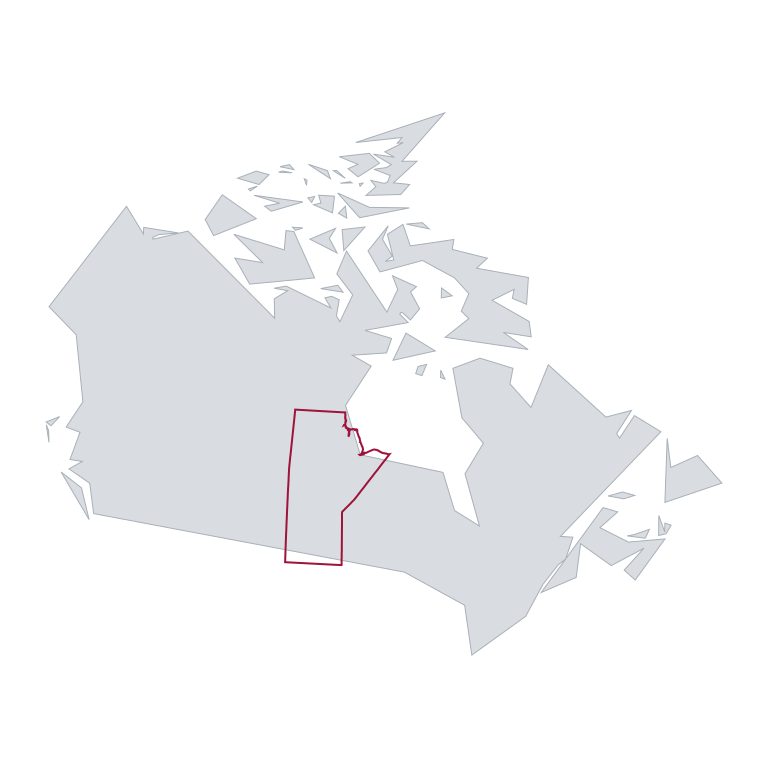 Manitoba highlighted on a map of Canada
{"feature_id": "CAN-630", "entity_name": "Manitoba", "entity_type": "Province", "adm_level": 1, "iso_a3": "CAN", "parent_name": "Canada", "parent_adm1": "", "projection": "albers", "projection_center": [-94.63, 54.496], "detail": "fine", "context": "in_parent", "style": "outline", "palette": "rose", "viewbox_px": 768, "rotation_deg": 0, "n_neighbors": 0, "source": "natural_earth", "source_scale": "10m", "svg_char_len": 8398}
<svg xmlns="http://www.w3.org/2000/svg" viewBox="0 0 768 768"><path d="M82.9,401.8L76.2,334.7L49.0,306.7L126.5,206.3L143.4,234.0L143.7,227.4L178.3,232.9L158.9,234.6L152.8,237.4L153.0,239.2L188.0,231.1L274.6,318.2L274.3,298.8L287.7,290.7L274.2,288.2L286.3,286.1L330.9,308.0L325.0,297.8L331.7,296.3L339.2,299.8L336.4,315.8L339.9,321.7L352.7,294.9L336.8,273.9L346.5,251.1L386.9,312.1L397.7,289.4L392.5,275.8L416.5,286.7L410.5,291.8L419.6,308.8L410.4,320.0L402.8,312.9L401.0,312.4L399.8,314.2L408.1,322.5L365.0,330.4L391.6,338.5L386.5,352.9L352.2,355.2L371.2,366.1L345.5,405.4L360.3,454.8L443.0,472.4L454.5,510.5L479.5,526.1L465.0,473.7L483.4,443.2L461.9,417.8L452.9,368.3L480.0,358.2L513.0,368.3L510.0,383.9L531.0,407.5L548.3,364.8L605.9,417.1L631.5,410.4L616.6,433.6L619.6,438.1L634.4,415.6L660.9,431.7L560.4,536.4L572.9,537.2L565.7,558.9L558.2,564.8L542.9,584.4L525.7,616.3L471.8,655.1L464.7,605.3L404.3,572.1L93.7,513.6L89.7,483.2L69.0,468.9L82.3,461.4L70.0,459.5L80.0,432.3L66.2,427.0L82.9,401.8ZM385.4,261.4L393.8,260.1L387.4,234.3L403.0,224.4L410.3,245.9L453.9,239.5L452.2,249.4L487.4,258.2L476.5,268.2L528.4,277.5L526.6,304.3L512.3,298.4L514.2,289.3L492.1,300.3L529.2,321.5L531.2,336.8L503.3,332.4L528.1,349.5L445.2,337.3L468.8,318.6L461.3,311.2L468.8,293.6L454.6,277.9L422.5,260.5L380.0,271.9L368.0,250.9L388.2,225.8L382.5,239.3L392.3,256.1L385.4,261.4ZM355.7,142.5L444.6,112.9L402.0,161.3L417.0,161.2L393.5,182.8L409.6,184.5L400.7,194.5L366.1,195.4L375.9,186.6L370.8,180.4L384.4,183.4L387.5,182.1L390.2,175.5L374.0,169.3L386.4,167.6L391.3,164.6L373.4,154.1L394.4,157.3L384.8,151.8L403.3,142.6L397.3,143.2L402.0,137.5L355.7,142.5ZM233.9,234.3L284.3,249.9L286.0,230.6L293.8,231.5L314.6,277.9L249.7,284.1L234.9,258.1L262.6,262.6L233.9,234.3ZM611.2,565.6L580.6,543.7L576.2,577.4L541.2,592.5L603.1,507.6L617.7,511.9L599.9,527.7L628.5,542.1L665.0,538.9L635.2,580.0L624.2,570.1L644.0,548.2L611.2,565.6ZM222.3,194.8L256.3,218.7L213.6,235.6L205.2,219.5L222.3,194.8ZM339.3,156.7L369.4,153.4L379.5,163.2L358.1,176.8L348.1,168.7L357.9,164.3L339.3,156.7ZM337.7,193.0L369.6,207.4L409.3,207.9L359.6,217.7L337.7,193.0ZM254.0,195.3L302.9,202.0L271.3,211.2L264.6,206.2L279.7,203.2L254.0,195.3ZM667.2,438.4L670.8,467.5L697.5,455.5L721.9,483.1L664.9,502.4L667.2,438.4ZM309.9,239.2L335.6,228.3L329.3,238.4L337.1,253.0L309.9,239.2ZM393.0,360.3L406.0,333.1L435.2,350.9L393.0,360.3ZM342.1,229.6L365.0,227.0L343.8,250.6L342.1,229.6ZM269.0,174.7L259.1,184.5L237.6,178.2L256.2,171.1L269.0,174.7ZM334.5,196.2L332.5,212.9L313.5,204.7L321.0,203.1L318.6,195.2L334.5,196.2ZM308.4,164.3L327.4,170.6L330.5,178.7L308.4,164.3ZM61.1,472.0L81.5,487.9L89.1,519.6L61.1,472.0ZM406.3,224.1L422.4,222.7L429.2,228.9L406.3,224.1ZM320.7,288.6L337.8,285.3L343.1,292.2L320.7,288.6ZM345.4,206.2L346.8,218.1L338.3,213.3L345.4,206.2ZM336.7,170.5L345.3,178.3L333.3,170.7L336.7,170.5ZM441.5,288.0L452.2,295.8L441.3,298.0L441.5,288.0ZM282.6,171.0L292.2,172.8L278.5,172.2L282.6,171.0ZM302.9,228.0L295.4,230.3L292.5,227.2L302.9,228.0ZM658.8,515.5L664.7,531.9L664.9,523.1L671.1,525.2L666.3,533.6L658.7,535.5L658.8,515.5ZM289.4,164.6L293.9,169.6L280.0,166.7L289.4,164.6ZM634.7,495.4L623.8,498.8L608.1,496.0L622.4,492.0L634.7,495.4ZM426.6,364.4L421.9,375.6L415.7,373.6L418.1,366.5L426.6,364.4ZM46.1,422.0L59.6,416.6L51.0,425.7L46.1,422.0ZM340.3,183.2L350.3,181.7L352.0,182.9L340.3,183.2ZM314.7,196.5L311.7,202.5L307.9,197.9L314.7,196.5ZM627.2,535.9L634.2,534.6L649.4,529.4L645.3,538.2L627.2,535.9ZM440.7,370.2L445.0,379.1L440.6,377.6L440.7,370.2ZM257.4,186.1L250.3,190.9L248.4,189.0L257.4,186.1ZM363.0,183.1L360.1,186.3L359.3,183.7L363.0,183.1ZM307.0,180.1L306.5,185.3L304.3,178.8L307.0,180.1ZM46.3,424.9L48.6,430.5L49.0,442.4L46.3,424.9Z" fill="#d9dde1" stroke="#a8b0b8" stroke-width="1"/><path d="M341.4,565.1L285.1,562.2L285.2,559.7L285.3,556.7L285.6,547.8L285.7,544.8L285.8,541.9L285.9,538.9L286.3,529.9L286.4,527.0L286.5,524.0L286.8,518.0L286.9,515.1L287.0,512.1L287.3,506.1L287.4,503.1L287.7,497.2L287.8,494.2L288.1,488.2L288.3,485.3L288.6,479.3L288.7,476.3L289.0,470.4L289.2,467.4L289.7,462.3L290.2,457.3L290.8,452.3L291.3,447.2L294.6,415.9L294.9,412.8L295.1,411.2L295.2,409.6L342.1,412.3L345.2,412.3L345.3,412.4L345.2,412.6L345.1,412.8L345.1,413.0L345.2,413.3L345.2,413.5L345.2,413.9L345.4,414.5L345.3,414.8L345.4,415.1L345.4,415.4L345.4,415.7L345.3,415.8L345.2,416.1L345.3,416.9L345.3,417.0L345.2,417.1L345.1,417.3L345.2,417.6L345.2,417.8L345.3,418.0L345.5,418.2L345.5,418.3L345.4,418.4L345.3,418.5L345.3,418.9L345.3,419.0L345.5,419.1L345.5,419.3L345.5,419.5L345.6,419.8L345.8,420.0L345.7,420.1L345.7,420.6L345.8,420.6L345.8,420.8L345.8,421.0L345.7,421.3L345.8,421.4L346.1,421.2L346.1,421.3L345.9,421.6L345.7,421.6L345.7,421.8L345.8,421.8L345.5,421.9L345.4,422.0L345.5,422.2L345.4,422.4L345.3,422.5L345.4,422.8L345.4,423.0L345.4,423.3L345.3,423.5L345.4,423.8L345.3,424.2L345.3,424.3L345.3,424.8L344.9,425.0L344.5,425.0L344.0,425.0L343.8,425.4L344.0,425.3L345.1,425.2L345.2,425.3L345.2,425.5L345.2,425.8L345.5,426.0L345.8,426.1L346.0,426.4L346.1,426.8L346.0,427.1L346.0,427.3L345.8,427.7L345.7,427.8L345.7,428.0L345.7,428.3L345.6,428.5L346.1,427.9L346.3,427.8L346.6,427.8L347.0,428.2L347.3,428.4L347.5,428.7L347.6,429.0L347.7,429.7L347.8,430.0L348.1,430.1L348.4,430.1L348.9,429.7L348.9,429.4L349.0,429.2L349.4,428.9L349.5,428.8L349.4,429.0L349.4,429.3L349.3,429.6L349.3,429.8L349.3,430.0L349.5,430.2L349.5,430.4L349.5,430.5L349.4,430.7L349.3,430.9L349.1,431.0L348.8,431.6L348.8,432.0L348.9,432.8L348.8,433.3L348.9,433.8L348.9,434.0L348.6,434.5L348.6,434.8L348.6,435.0L348.6,435.4L348.6,435.7L348.5,436.0L348.4,436.6L348.3,436.8L348.6,436.3L348.7,436.0L348.8,435.9L348.9,435.3L349.0,435.2L349.1,434.9L349.3,434.6L349.3,434.3L349.3,434.0L349.3,433.9L349.3,432.9L349.3,432.6L349.2,432.3L349.2,432.2L349.2,431.8L349.2,431.7L349.3,431.4L349.7,430.8L349.8,430.5L349.8,430.4L349.7,430.2L349.8,430.0L349.9,429.9L349.9,429.6L349.8,429.4L349.7,429.2L349.9,429.3L350.1,429.4L350.6,429.3L351.8,429.5L352.0,429.4L352.2,429.2L352.3,429.2L352.5,429.3L352.7,429.2L352.9,429.1L353.0,429.0L354.1,429.4L354.3,429.3L354.6,429.2L354.7,429.3L354.8,429.5L354.8,429.8L354.8,430.0L355.0,430.1L355.3,430.2L355.6,429.6L355.8,429.4L356.5,429.3L356.8,429.4L357.0,429.6L357.1,429.8L357.2,430.4L357.3,430.6L357.2,430.8L357.2,431.0L357.2,431.6L357.3,431.7L357.3,432.0L357.3,432.4L357.3,432.6L357.4,432.8L357.6,433.3L357.9,434.0L358.0,434.5L358.1,434.8L358.2,435.0L358.4,435.5L358.5,435.8L358.5,436.1L358.6,436.3L358.8,436.6L358.8,436.8L358.9,437.1L359.0,437.2L359.3,437.4L359.4,437.5L359.4,437.8L359.4,438.0L359.5,438.1L359.6,438.5L359.8,438.8L359.8,439.2L359.8,439.9L360.2,441.1L360.3,441.7L360.1,442.1L360.4,442.2L360.5,442.3L360.6,442.7L360.8,443.1L361.0,443.8L361.4,444.4L361.4,444.6L361.5,444.8L361.8,445.6L361.8,446.0L362.1,446.4L362.3,446.5L362.4,446.8L362.4,447.1L362.5,447.2L362.6,447.3L362.7,447.7L362.8,448.3L362.9,448.7L363.0,449.0L362.9,449.6L362.9,450.1L362.7,450.6L362.1,452.2L361.8,453.0L361.3,453.7L361.1,454.1L361.0,454.3L360.9,454.4L360.6,454.5L360.0,454.9L359.7,454.9L359.8,455.0L360.8,454.7L361.2,454.5L362.2,453.4L362.6,453.1L364.2,452.7L364.4,452.6L364.5,452.6L364.6,452.9L364.5,453.0L364.4,453.0L364.2,453.1L363.7,453.9L363.6,454.0L363.2,454.1L362.9,454.4L362.8,454.5L363.2,454.4L363.8,454.2L364.6,453.3L365.4,453.0L366.5,452.7L368.0,451.9L370.1,451.0L372.1,450.1L373.4,449.6L374.7,449.5L376.0,449.9L376.6,449.8L376.8,449.9L377.3,450.2L377.5,450.3L377.9,450.3L378.1,450.4L378.3,450.5L378.4,450.8L378.9,450.9L379.3,451.3L380.0,451.6L380.1,451.8L380.8,452.0L381.4,452.6L381.6,452.7L382.3,452.7L382.7,453.0L384.6,453.3L385.1,453.5L385.3,453.6L386.0,453.4L386.2,453.5L386.6,453.7L387.0,453.8L387.6,454.1L388.2,454.1L388.4,454.2L388.5,454.3L388.8,454.4L389.0,454.3L389.5,454.2L387.5,456.8L385.8,459.1L384.0,461.3L382.2,463.6L379.7,466.9L377.2,470.2L374.6,473.4L372.1,476.7L369.7,479.7L367.4,482.7L365.1,485.7L362.8,488.7L361.4,490.4L360.1,492.1L358.8,493.8L357.5,495.5L356.6,496.7L355.6,497.9L354.7,499.1L353.7,500.2L351.8,502.1L349.9,504.1L348.0,506.0L346.0,508.0L345.6,508.4L345.1,508.8L344.7,509.3L344.3,509.7L343.8,510.2L343.3,510.7L342.8,511.2L342.4,511.7L342.1,512.0L342.0,512.8L342.0,518.2L342.0,523.7L341.9,534.6L341.8,547.1L341.8,551.3L341.7,552.8L341.7,554.4L341.7,555.4L341.7,556.4L341.7,557.6L341.6,559.3L341.6,559.8L341.6,560.7L341.6,561.9L341.6,563.5L341.6,564.9L341.6,565.0L341.4,565.1Z" fill="none" stroke="#9f1239" stroke-width="2"/></svg>